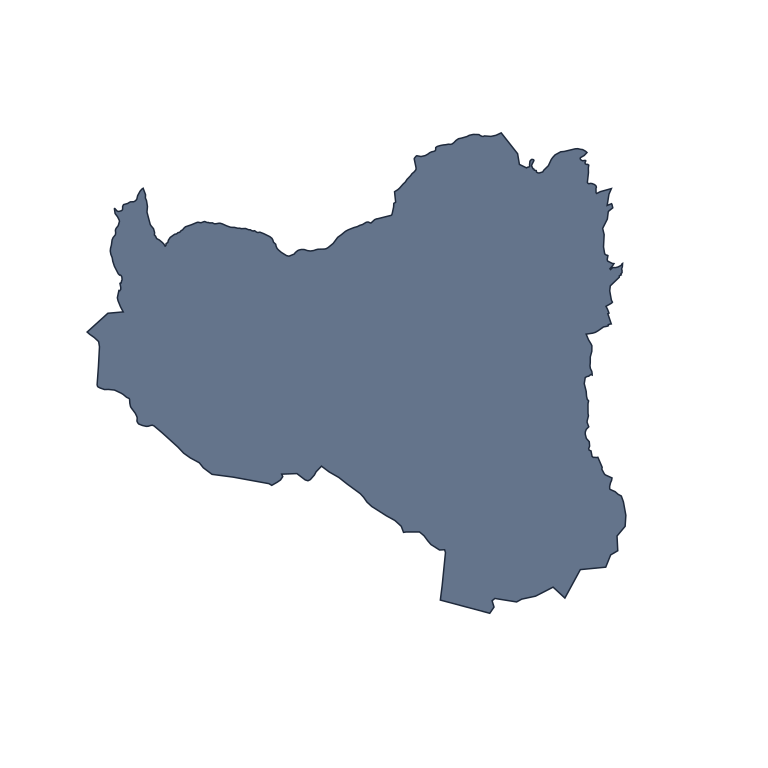 the district of Rametea, Alba, Romania, rotated 253°
{"feature_id": "2599482B58533573021610", "entity_name": "Rametea", "entity_type": "district", "adm_level": 2, "iso_a3": "ROU", "parent_name": "Romania", "parent_adm1": "Alba", "projection": "robinson", "projection_center": [23.586, 46.447], "detail": "fine", "context": "isolated", "style": "filled", "palette": "slate", "viewbox_px": 768, "rotation_deg": 253, "n_neighbors": 0, "source": "geoboundaries", "source_scale": "gbopen_adm2", "svg_char_len": 6171}
<svg xmlns="http://www.w3.org/2000/svg" viewBox="0 0 768 768"><g transform="rotate(253 384 384)"><path d="M591.9,552.5L591.7,551.5L592.1,550.2L593.6,548.6L594.8,547.7L596.6,542.3L596.9,538.2L596.4,535.7L596.5,529.9L596.8,527.0L595.9,524.1L594.3,521.2L593.6,519.1L593.7,517.7L594.5,515.7L594.8,512.9L595.3,510.5L595.6,507.6L595.6,504.3L595.0,502.6L592.7,501.8L592.1,501.0L591.9,500.0L592.1,497.4L591.8,495.3L591.0,493.1L590.4,490.2L590.7,485.9L592.7,482.1L592.5,481.3L591.1,479.2L590.5,478.7L581.7,477.9L580.1,477.5L579.4,476.9L578.1,475.0L576.9,472.2L575.4,470.3L573.0,465.9L570.9,463.4L569.6,460.7L566.8,456.2L565.8,454.0L564.8,450.3L554.5,448.3L554.3,448.1L553.9,446.2L550.4,444.9L545.0,441.9L543.6,441.0L543.2,440.3L543.9,426.4L544.1,425.2L543.9,423.1L541.8,418.7L541.9,418.2L543.5,416.3L543.8,415.1L543.8,414.0L542.8,410.1L542.8,407.2L542.3,404.5L542.4,401.0L541.9,394.8L541.3,391.8L539.3,387.0L537.8,382.6L533.3,376.5L530.8,370.4L530.3,368.2L530.5,366.3L532.2,360.2L532.3,358.4L532.2,355.8L532.7,352.5L534.0,349.7L535.9,347.1L536.8,344.4L537.0,341.9L536.8,340.4L535.6,337.5L534.7,336.5L534.5,335.7L534.0,330.5L535.3,328.3L539.9,324.3L543.2,322.2L544.9,321.4L547.2,321.1L549.3,321.3L551.9,319.8L554.3,319.8L556.1,319.4L558.3,317.9L563.0,312.9L565.5,309.7L565.7,307.7L566.4,306.6L568.4,305.1L568.6,304.5L568.4,303.9L568.7,303.3L569.5,302.1L570.5,301.4L571.2,299.5L573.2,297.1L574.3,292.9L575.2,291.6L575.7,289.7L577.5,286.8L578.2,284.5L578.9,282.9L581.4,279.6L584.4,276.2L585.6,274.4L586.0,273.3L586.4,270.1L586.8,268.6L588.3,267.0L588.8,265.1L589.2,264.0L589.9,263.2L590.1,262.1L591.8,260.1L591.9,259.3L591.7,256.1L593.1,253.4L593.2,252.4L592.6,246.2L592.4,240.1L591.4,238.0L590.3,236.5L590.0,234.9L588.8,232.9L589.0,231.2L588.2,229.6L588.4,227.5L586.7,222.4L584.6,219.9L582.5,218.6L582.0,216.7L580.4,216.0L579.8,215.3L579.9,214.9L582.1,214.4L584.0,213.5L587.5,211.2L589.2,209.4L590.1,209.0L592.1,208.8L593.6,208.0L595.9,208.9L599.9,209.0L603.7,207.4L605.0,207.1L617.7,207.6L622.9,209.7L628.8,210.5L631.6,210.2L634.7,211.3L641.6,210.9L641.1,209.3L639.7,207.1L636.2,203.5L633.1,201.7L632.5,201.0L631.6,199.0L631.5,197.8L632.3,195.0L632.2,193.8L631.6,191.7L631.7,187.4L630.3,186.0L627.5,185.1L627.0,184.7L626.5,183.6L626.5,181.4L626.8,180.1L627.5,179.3L630.5,177.9L630.6,177.6L630.4,177.4L625.6,176.7L621.7,178.1L618.0,178.7L616.9,178.6L613.1,176.1L611.4,173.6L610.4,172.6L609.3,172.0L607.1,171.6L605.3,170.8L603.2,167.7L601.3,166.1L596.5,163.9L593.8,162.2L591.2,161.1L587.9,160.7L584.2,161.0L580.7,160.5L575.4,160.6L567.1,162.1L565.4,163.0L565.4,163.6L564.6,164.3L563.0,164.6L560.2,164.0L559.4,163.2L557.6,162.3L557.4,162.0L557.7,161.4L557.4,160.9L553.3,160.5L551.5,159.9L550.4,158.5L550.9,157.8L544.4,154.2L541.3,154.0L534.8,154.6L529.2,155.7L532.4,140.6L520.5,115.3L517.4,117.2L513.3,120.4L508.0,123.5L502.8,122.8L483.9,115.9L467.1,109.4L465.4,109.4L464.8,109.7L463.3,111.2L460.4,115.1L459.4,118.8L457.0,124.5L452.1,129.9L450.3,131.5L446.6,133.9L444.6,136.1L443.7,136.2L439.9,135.3L436.7,135.0L435.4,135.2L428.7,137.6L425.3,138.1L423.8,138.1L420.8,136.9L419.1,137.1L417.5,137.7L415.0,140.8L413.2,143.9L412.8,144.8L412.5,146.6L412.6,148.3L412.4,150.3L411.2,151.8L402.0,157.7L383.9,168.5L376.4,172.2L369.9,177.2L362.6,184.4L356.7,186.7L347.9,193.1L339.0,212.6L322.3,244.9L319.9,247.0L321.3,253.2L322.5,257.0L325.0,260.1L327.7,259.8L323.8,274.5L315.3,280.6L313.7,283.0L314.1,285.6L317.3,290.8L319.9,293.4L323.7,300.2L316.1,305.7L307.8,313.5L299.1,319.5L286.0,329.3L281.6,331.4L276.0,333.2L270.4,336.5L257.2,347.8L250.3,354.5L242.9,358.9L236.4,359.3L236.0,362.0L232.1,374.7L227.2,377.9L221.0,380.1L216.7,382.0L209.0,388.6L207.8,393.5L204.8,393.5L174.5,380.8L160.9,374.7L133.8,418.1L138.5,424.0L145.1,424.0L146.5,427.3L136.8,447.1L138.0,452.8L136.8,466.9L140.3,486.3L126.4,494.4L149.1,517.5L144.0,542.5L154.3,550.8L156.2,558.8L170.5,562.4L177.4,573.0L187.7,576.9L201.3,578.5L207.5,578.2L210.1,575.6L213.4,573.6L217.1,569.4L217.8,569.2L220.2,569.9L223.4,571.8L225.2,573.4L227.5,574.6L231.9,569.6L232.6,568.9L233.7,568.4L238.8,567.4L240.6,568.3L251.4,567.1L251.6,565.6L252.3,564.0L252.6,562.7L254.0,561.8L259.5,562.4L260.7,560.9L262.3,560.8L264.5,562.5L268.8,563.4L272.8,561.6L277.2,561.8L279.3,562.5L281.5,564.2L283.2,567.3L288.0,567.0L289.5,567.6L293.8,570.2L296.2,570.5L304.5,573.0L306.1,573.6L307.8,574.6L308.3,574.7L309.8,573.9L313.0,574.1L317.8,575.2L325.8,575.6L331.3,578.3L331.8,580.1L331.6,582.0L332.6,584.6L331.7,585.7L333.2,586.1L335.3,586.4L338.5,585.9L341.2,586.3L344.1,587.5L349.6,589.2L354.5,592.3L359.8,594.0L361.8,593.7L366.5,592.5L372.6,591.9L371.6,598.4L371.6,601.3L372.3,604.3L374.4,610.6L374.0,614.1L374.1,615.6L375.2,615.8L375.2,617.6L375.0,618.9L385.8,618.6L386.0,619.9L390.1,619.6L393.4,619.0L394.5,624.1L394.9,625.5L395.5,626.4L397.4,626.0L398.9,626.1L407.1,627.1L411.7,629.1L417.3,640.2L418.7,640.7L419.0,642.8L420.0,642.7L420.9,644.2L423.2,644.9L424.5,644.8L426.4,646.2L429.5,647.4L429.3,646.7L428.4,646.0L428.0,644.8L427.5,642.0L427.6,639.5L428.5,636.8L427.2,634.1L428.2,633.7L430.5,637.5L431.9,639.1L432.6,637.5L436.2,633.8L437.7,633.8L441.3,635.7L441.8,635.3L442.0,634.5L443.9,633.1L450.9,634.0L462.5,638.2L468.9,638.6L476.4,645.8L483.1,648.8L483.6,649.4L485.6,654.3L489.1,654.5L489.9,654.3L489.5,649.6L499.7,654.6L504.4,658.6L504.7,647.1L504.0,643.1L504.9,642.7L509.1,643.9L510.0,644.6L511.0,644.7L511.9,644.5L513.3,643.5L514.9,641.5L515.5,640.1L515.6,638.5L516.3,637.7L517.3,637.4L526.3,641.3L530.9,642.6L533.4,643.8L534.5,643.0L534.8,641.8L535.7,640.9L536.9,640.9L538.2,642.1L538.7,642.2L539.1,641.6L539.4,639.2L540.5,638.0L542.0,637.4L543.0,638.0L544.0,642.3L546.0,645.8L547.7,644.8L550.1,642.5L551.0,640.5L552.4,638.1L553.0,635.6L553.7,624.3L554.4,620.9L553.1,614.6L551.4,611.7L549.8,609.6L544.7,605.0L541.8,599.4L540.4,597.8L540.4,594.2L540.8,593.1L541.4,592.3L542.1,591.8L543.6,592.0L544.5,590.3L545.9,590.1L546.3,589.4L549.1,589.0L549.8,589.0L550.7,589.7L553.6,592.5L554.2,592.8L554.9,592.4L555.4,591.6L555.6,590.7L555.1,589.7L554.4,588.7L551.2,587.3L549.5,586.9L549.2,586.0L549.3,584.5L549.0,583.5L554.4,577.7L565.2,579.1L589.9,569.5L589.1,563.8L589.5,558.7L591.9,552.5Z" fill="#64748b" stroke="#1e293b" stroke-width="1.5"/></g></svg>